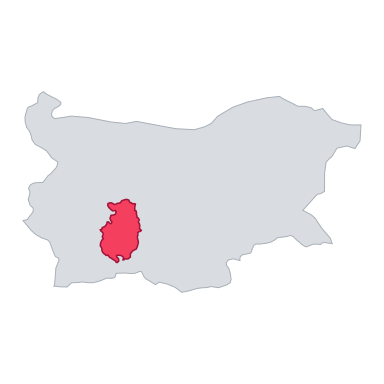 location of Pazardzhik within Bulgaria
{"feature_id": "BGR-2234", "entity_name": "Pazardzhik", "entity_type": "Province", "adm_level": 1, "iso_a3": "BGR", "parent_name": "Bulgaria", "parent_adm1": "", "projection": "robinson", "projection_center": [24.121, 42.158], "detail": "fine", "context": "in_parent", "style": "filled", "palette": "rose", "viewbox_px": 384, "rotation_deg": 0, "n_neighbors": 0, "source": "natural_earth", "source_scale": "10m", "svg_char_len": 3712}
<svg xmlns="http://www.w3.org/2000/svg" viewBox="0 0 384 384"><path d="M332.2,243.7L324.8,242.5L322.2,242.9L320.6,244.5L317.2,244.2L313.0,244.2L308.5,246.1L306.1,246.9L302.8,245.2L296.6,239.9L292.9,236.3L290.1,235.4L287.3,236.5L277.4,237.7L275.1,239.8L270.6,242.2L266.0,243.3L259.4,244.1L255.9,244.0L254.0,245.1L252.4,248.5L251.3,251.9L250.3,253.2L242.1,254.9L240.3,256.8L239.8,258.7L240.0,260.6L233.4,258.8L228.3,260.0L227.1,261.4L226.1,263.5L226.7,265.7L228.6,267.9L230.4,273.7L231.1,279.5L230.1,282.8L226.3,285.1L218.5,287.7L210.9,286.5L207.6,287.5L202.0,287.8L196.8,288.5L188.9,290.9L181.7,292.3L175.2,287.4L167.6,284.2L159.5,282.2L156.7,283.6L155.5,284.7L148.8,280.5L145.8,278.9L144.3,277.3L141.5,271.6L139.9,271.4L134.3,273.5L129.0,273.4L125.8,273.0L116.2,273.3L115.0,277.2L113.8,277.8L111.7,278.3L106.7,278.1L100.2,280.9L93.2,282.7L87.8,282.7L82.2,281.9L78.8,282.5L71.6,282.8L67.0,287.0L59.8,286.8L53.8,286.1L54.6,284.7L55.9,268.0L58.9,260.6L58.8,259.0L58.1,257.9L55.5,256.7L53.6,252.7L49.7,242.0L47.5,239.9L41.3,237.7L35.9,234.6L31.4,230.6L23.0,220.6L27.3,219.6L28.6,217.6L32.9,212.1L33.4,209.4L32.9,207.9L30.1,205.2L28.2,199.5L29.7,194.1L29.9,191.3L28.5,188.6L30.0,185.2L33.0,183.3L35.0,182.8L43.0,182.4L48.1,175.6L51.2,173.4L54.4,169.5L55.9,168.1L57.3,165.1L57.8,162.0L51.5,157.7L49.3,154.5L46.5,150.9L42.7,148.4L35.0,144.2L32.1,139.9L30.8,134.3L28.8,130.1L26.5,127.3L26.1,125.0L25.2,122.3L25.0,116.9L26.9,109.7L28.1,107.1L30.7,106.4L37.7,102.6L38.0,97.7L39.3,94.6L41.5,92.9L43.5,91.7L47.3,94.6L56.4,99.1L60.9,102.4L60.7,104.5L58.5,106.5L54.5,108.5L52.2,111.1L51.6,114.4L52.1,116.7L54.9,118.7L71.4,116.1L88.1,117.5L110.6,121.9L125.5,123.5L136.5,121.4L156.9,125.2L175.9,128.7L194.2,129.7L204.4,126.9L211.5,123.3L217.6,116.3L232.8,107.2L247.5,102.0L266.8,97.8L279.6,96.4L281.5,97.9L298.0,106.3L305.3,106.3L311.3,107.8L313.5,110.0L315.0,110.6L322.8,108.5L326.4,113.1L331.9,119.5L341.3,122.9L349.6,124.7L352.2,125.0L361.0,124.9L360.0,141.0L354.9,148.6L347.0,146.0L337.0,148.1L331.8,156.7L328.8,159.2L326.1,162.2L324.6,173.2L324.5,191.4L320.7,193.6L317.2,194.3L302.8,210.3L311.3,214.8L315.1,218.2L321.4,227.7L330.4,238.4L332.2,243.7Z" fill="#d9dde1" stroke="#a8b0b8" stroke-width="1"/><path d="M135.4,204.0L134.8,207.2L134.7,210.5L135.9,210.7L136.5,212.4L136.4,213.1L136.5,214.6L137.0,216.1L137.0,217.4L138.0,217.8L139.3,219.7L138.5,221.5L138.5,222.5L139.4,223.7L139.8,225.5L139.6,227.4L139.5,228.7L140.4,229.4L141.3,230.3L140.5,231.3L139.0,231.7L137.8,232.6L137.9,235.4L137.3,236.9L137.6,238.7L138.4,241.9L137.8,245.0L137.2,246.9L136.3,249.0L134.3,250.0L132.7,250.9L130.4,253.8L130.4,257.0L128.0,258.9L124.9,259.0L123.8,259.9L122.9,259.8L123.3,258.6L123.5,257.4L121.4,255.6L118.6,255.2L116.6,255.5L116.8,257.2L117.8,257.9L118.6,258.9L118.8,261.1L117.2,262.6L116.1,262.2L115.5,261.0L109.3,257.1L108.7,256.0L108.0,255.2L107.0,255.5L106.0,255.3L104.8,254.2L103.5,253.4L102.0,250.9L101.7,247.9L100.9,246.8L100.2,245.6L100.5,244.5L100.5,243.2L101.8,240.2L103.4,238.6L102.4,237.4L102.4,235.9L103.0,235.2L103.2,234.1L102.8,232.7L101.9,231.8L100.8,231.0L100.3,229.7L101.3,229.5L102.1,229.0L102.0,228.1L102.4,227.5L104.9,226.5L106.7,224.1L107.1,222.1L108.4,221.8L109.1,222.6L109.8,223.3L110.9,223.7L111.8,222.6L111.8,221.5L110.9,220.9L110.0,218.4L111.0,215.3L113.2,215.1L115.3,214.3L116.2,211.8L115.3,210.5L112.6,210.9L110.5,209.2L109.8,208.3L108.9,207.6L108.2,206.4L107.7,205.0L108.0,203.5L109.6,202.9L111.1,202.8L112.6,203.3L113.8,204.2L115.1,204.5L117.7,203.2L119.0,203.2L120.3,202.7L121.8,200.7L123.8,200.0L124.7,199.8L125.7,199.4L127.2,199.5L128.7,200.0L129.3,201.0L129.6,202.2L130.6,202.6L131.6,202.9L132.3,203.8L133.1,203.8L134.3,203.6L135.4,204.0Z" fill="#f43f5e" stroke="#9f1239" stroke-width="1.5"/></svg>